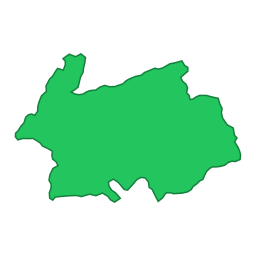 outline of Itaoca, São Paulo, Brazil
{"feature_id": "56859067B84955452405179", "entity_name": "Itaoca", "entity_type": "district", "adm_level": 2, "iso_a3": "BRA", "parent_name": "Brazil", "parent_adm1": "São Paulo", "projection": "robinson", "projection_center": [-48.845, -24.614], "detail": "fine", "context": "isolated", "style": "filled", "palette": "green", "viewbox_px": 256, "rotation_deg": 0, "n_neighbors": 0, "source": "geoboundaries", "source_scale": "gbopen_adm2", "svg_char_len": 2016}
<svg xmlns="http://www.w3.org/2000/svg" viewBox="0 0 256 256"><path d="M63.0,58.7L65.3,61.2L65.3,64.8L63.3,70.1L57.6,68.4L55.5,71.4L52.4,76.5L49.8,78.8L48.2,81.8L46.0,86.0L46.4,91.3L41.5,95.8L38.9,102.3L37.8,106.8L37.6,111.3L34.7,115.3L31.6,114.0L28.2,114.9L25.7,117.2L24.0,122.8L21.0,126.1L18.2,130.6L15.6,133.2L15.4,136.8L17.9,139.9L22.8,138.5L29.2,138.6L32.9,138.4L36.6,140.6L39.9,142.7L42.6,146.1L47.2,148.2L52.3,151.1L51.9,155.6L52.7,159.2L56.0,161.7L58.0,165.6L52.9,168.5L49.8,175.1L49.0,180.3L51.2,184.3L51.0,188.3L49.3,192.7L49.7,198.2L52.7,200.1L55.4,197.0L64.4,196.2L67.7,195.9L70.8,195.7L76.5,195.5L81.4,196.6L89.5,194.2L95.9,195.7L102.5,193.1L107.7,196.2L110.6,199.9L114.6,202.1L120.3,198.3L115.4,192.7L111.6,190.2L109.0,186.1L108.4,182.1L113.3,179.1L118.5,182.6L124.2,189.5L127.6,190.1L132.0,185.3L137.1,179.4L141.2,177.4L145.2,178.0L148.4,181.9L149.2,187.5L152.3,189.5L153.8,192.9L155.5,196.2L158.2,201.4L162.7,197.8L165.7,193.1L170.3,192.7L173.6,193.7L178.0,193.4L182.3,193.1L187.6,191.9L191.2,189.6L193.2,186.4L196.9,183.8L199.8,180.9L202.9,179.4L204.4,175.7L206.5,171.5L209.6,168.5L212.3,166.9L215.7,166.9L219.8,166.5L224.7,165.2L228.0,162.6L231.9,161.2L235.4,161.5L240.1,159.5L240.6,155.0L239.6,151.1L237.9,147.1L234.6,141.8L237.0,137.9L234.5,135.3L233.2,128.0L227.3,124.9L224.9,121.6L222.5,117.8L221.4,112.8L222.1,108.5L219.8,103.8L218.2,98.3L211.2,96.8L206.4,95.4L199.6,95.4L195.8,97.1L193.1,99.0L190.1,99.6L189.1,95.4L186.6,92.8L187.6,87.9L186.0,84.3L182.6,81.2L180.7,77.5L184.0,74.5L187.8,71.3L187.8,67.3L184.7,65.6L181.9,60.9L174.6,62.9L169.9,63.8L166.6,65.7L162.6,68.0L158.4,69.1L154.9,68.2L150.4,70.1L144.5,72.5L141.3,75.2L135.4,76.5L129.2,79.0L126.1,80.8L122.9,83.9L118.3,85.3L114.9,86.6L109.2,86.7L104.6,85.4L99.6,87.3L95.9,90.0L89.5,90.7L86.3,92.0L83.1,94.1L78.7,94.7L74.9,94.0L71.1,91.9L74.5,90.0L78.1,87.1L79.1,83.0L79.9,79.6L80.9,76.2L83.0,72.5L83.6,67.8L84.8,62.7L85.5,57.5L80.9,53.9L75.6,56.7L69.3,54.2L66.2,56.3L63.0,58.7Z" fill="#22c55e" stroke="#15803d" stroke-width="1.5"/></svg>